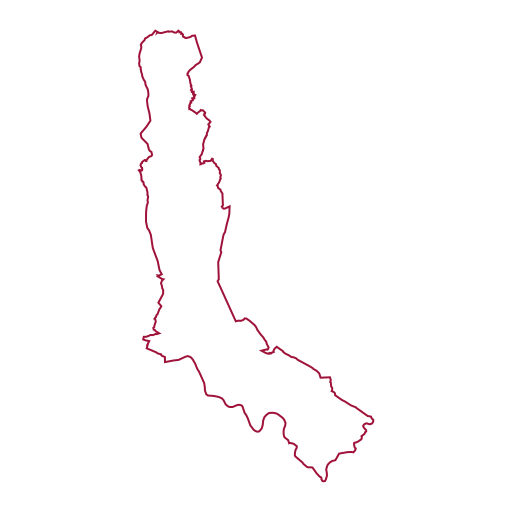 outline of San Lucas, Michoacán, Mexico
{"feature_id": "50627088B69518747505267", "entity_name": "San Lucas", "entity_type": "district", "adm_level": 2, "iso_a3": "MEX", "parent_name": "Mexico", "parent_adm1": "Michoacán", "projection": "mercator", "projection_center": [-100.756, 18.588], "detail": "fine", "context": "isolated", "style": "outline", "palette": "rose", "viewbox_px": 512, "rotation_deg": 0, "n_neighbors": 0, "source": "geoboundaries", "source_scale": "gbopen_adm2", "svg_char_len": 6017}
<svg xmlns="http://www.w3.org/2000/svg" viewBox="0 0 512 512"><path d="M195.0,35.5L192.1,35.8L190.4,37.0L186.0,38.1L185.0,37.8L184.6,37.2L183.2,36.8L182.8,35.9L183.0,34.6L182.4,33.9L181.3,33.9L181.5,33.2L181.1,32.3L179.4,32.3L179.4,31.5L178.4,30.7L176.3,32.6L174.5,32.6L172.0,31.4L168.7,31.7L168.2,31.3L161.2,33.1L158.8,32.8L158.0,32.2L157.2,32.8L157.5,32.0L155.3,30.7L151.9,34.9L149.8,35.3L147.1,37.4L145.1,38.5L144.6,40.0L141.4,43.4L141.3,44.4L140.8,45.0L141.3,46.8L141.2,48.4L139.6,53.4L139.1,56.4L139.6,60.5L139.4,62.4L139.1,62.9L139.4,65.6L139.6,66.3L140.2,66.6L140.8,67.5L140.6,69.0L141.1,70.5L141.0,71.1L142.2,75.0L142.2,76.2L143.8,79.8L145.1,81.7L145.6,85.0L147.9,89.7L148.4,93.8L148.4,95.9L147.0,99.3L147.1,101.3L147.6,105.9L149.5,113.7L150.4,120.7L146.6,126.5L140.6,133.6L141.5,137.8L147.5,143.9L149.0,149.7L149.8,150.9L151.4,151.9L152.1,154.9L151.4,156.1L149.4,156.8L148.6,157.5L146.6,159.9L146.5,161.0L146.0,161.1L145.3,160.1L144.8,160.0L142.2,161.9L142.0,163.0L141.1,163.5L140.5,165.4L141.7,167.8L142.1,167.9L142.3,169.7L141.7,170.6L139.4,169.9L138.8,170.4L140.0,171.7L140.5,172.8L141.4,176.3L141.3,177.8L141.6,178.5L141.4,180.0L142.4,181.3L142.5,182.4L142.8,181.5L143.6,182.5L143.6,184.2L145.1,186.6L146.3,187.5L147.5,192.4L147.4,195.1L147.8,195.4L148.1,197.0L147.5,200.3L147.9,202.3L146.7,206.2L146.1,211.7L146.0,221.6L147.3,227.9L149.1,230.5L150.8,234.7L152.8,248.0L157.7,261.1L159.5,270.0L161.7,274.3L158.9,275.6L157.7,275.4L158.0,275.9L157.6,276.3L162.3,279.1L163.4,279.3L161.9,280.8L161.0,283.2L161.9,285.9L162.2,288.2L163.2,290.1L163.1,293.9L158.4,302.7L161.3,306.2L160.7,307.4L159.4,309.2L157.5,314.2L156.4,315.3L156.0,317.1L155.2,317.7L154.5,318.9L155.2,319.3L155.8,321.6L154.7,324.5L154.2,327.1L153.3,327.9L153.7,329.6L155.0,330.2L155.8,331.3L159.2,333.3L156.8,334.1L155.6,334.0L152.9,335.1L150.4,335.0L149.0,335.8L146.1,336.8L143.8,336.8L143.2,339.4L145.4,340.3L149.2,341.1L147.4,344.7L147.7,344.7L146.7,348.3L156.6,352.5L157.4,353.3L161.2,354.4L161.4,355.3L162.1,355.9L164.9,357.0L165.0,362.1L173.4,360.5L178.6,359.9L185.1,356.9L187.5,356.1L189.7,356.7L191.1,357.6L192.7,359.4L195.1,363.5L197.2,368.7L199.2,372.0L204.2,383.1L204.8,387.3L205.0,390.7L206.3,394.3L207.9,395.5L214.2,396.0L218.8,397.0L221.8,398.3L223.5,400.1L225.7,404.4L227.8,406.2L229.5,407.0L232.6,407.0L236.9,405.2L238.6,404.8L240.6,405.1L241.8,405.6L242.6,406.8L244.6,412.8L246.4,415.4L247.7,418.1L250.3,425.3L253.5,429.6L255.2,430.9L256.8,431.6L258.7,431.6L259.8,430.8L261.7,428.4L262.7,425.1L263.2,420.5L264.0,418.1L264.6,416.9L266.3,415.0L268.5,413.3L269.8,412.9L273.0,412.8L276.2,413.4L278.1,414.4L282.6,417.8L284.2,419.7L285.5,422.9L285.2,425.6L283.9,428.9L283.6,431.0L283.6,433.7L284.1,436.6L285.1,437.8L288.2,440.2L289.1,443.2L289.7,442.9L293.5,443.7L296.8,446.2L296.7,447.8L295.6,449.8L295.0,452.4L294.8,455.0L295.3,456.4L302.5,462.5L303.2,463.7L306.8,466.8L308.0,467.3L312.1,467.4L312.6,467.7L316.5,473.2L319.6,476.6L321.0,477.3L321.5,478.3L321.4,479.1L322.4,481.0L323.7,481.3L325.0,481.0L325.8,479.5L326.9,476.0L326.9,473.6L326.2,469.5L327.0,466.4L327.9,464.5L330.0,462.3L332.4,460.9L335.4,460.2L339.1,453.6L347.7,452.1L351.5,452.0L353.5,452.3L355.1,450.3L355.6,449.3L355.7,448.4L354.9,447.8L354.3,446.1L354.0,443.4L354.3,442.8L356.5,442.3L358.3,441.4L361.3,439.3L361.7,438.3L361.8,436.9L361.5,436.2L364.1,434.2L364.9,433.2L365.2,432.1L366.2,431.5L366.2,430.3L363.9,427.7L363.2,426.3L363.2,425.6L364.5,424.1L366.4,423.3L369.7,424.3L372.1,423.5L373.2,421.6L373.2,419.7L371.7,418.4L371.0,416.6L367.7,416.0L356.3,407.9L356.0,407.4L351.0,405.4L344.6,401.3L342.1,400.1L335.1,395.2L335.1,394.1L334.7,392.9L334.0,392.2L331.7,391.1L332.1,390.4L332.2,388.4L332.1,387.7L331.1,386.3L330.9,382.9L330.2,382.0L330.8,380.2L330.0,377.3L320.6,377.7L319.2,373.3L316.6,370.8L313.3,368.9L312.9,368.3L310.6,366.8L297.7,359.8L295.9,358.2L293.6,357.3L291.4,357.0L288.7,355.2L285.5,353.7L283.1,351.8L283.1,351.3L276.7,346.8L274.5,348.8L273.4,351.1L273.7,352.0L270.7,353.1L270.9,353.5L270.7,353.6L270.3,353.6L269.8,352.9L268.8,353.3L268.9,353.7L268.4,353.8L265.8,353.0L261.5,350.7L266.5,349.4L267.3,349.7L268.1,349.0L268.6,347.5L266.6,343.5L266.3,341.8L264.4,339.4L263.6,337.8L259.8,333.4L259.0,332.0L257.5,330.1L256.1,327.1L254.8,325.3L250.0,321.1L246.5,318.6L244.7,318.4L243.5,319.8L241.0,320.8L238.0,320.7L235.8,321.3L217.6,281.2L218.8,279.3L218.2,262.1L221.3,252.2L220.5,250.3L223.2,236.2L223.8,234.1L225.0,232.2L226.8,224.1L228.7,217.1L229.3,214.0L229.6,206.4L224.6,208.7L223.7,208.7L222.7,208.1L221.8,206.5L222.6,205.9L222.9,205.3L222.4,193.4L220.9,191.3L220.4,189.6L218.2,188.1L217.7,185.9L217.0,185.5L219.1,182.3L219.8,180.8L220.0,179.5L220.8,178.5L220.3,177.1L220.9,175.4L220.7,174.5L219.9,173.4L219.8,170.3L218.9,169.1L218.7,168.0L216.2,165.7L215.9,164.1L214.2,162.9L212.9,161.0L212.6,159.8L212.8,159.0L212.1,158.7L210.6,160.9L207.5,161.2L205.9,160.8L203.9,161.4L204.4,162.9L203.4,163.4L201.8,163.4L201.1,164.2L200.5,164.3L200.7,163.6L199.5,160.1L200.3,159.2L200.2,158.2L199.6,157.2L201.9,153.9L202.5,151.5L203.0,150.8L203.0,149.7L203.5,148.9L203.1,144.5L204.2,140.1L204.6,138.9L205.1,138.5L205.2,137.4L206.1,136.8L206.1,135.9L206.8,135.4L206.9,133.0L207.9,131.0L209.0,127.0L209.7,126.6L208.3,124.4L210.5,121.9L209.2,120.3L206.7,118.5L204.1,115.1L204.5,114.9L204.3,114.0L205.0,113.6L205.2,112.6L202.7,110.2L201.2,110.5L200.7,110.1L200.1,111.0L197.9,112.6L196.8,113.8L195.2,112.4L191.9,110.2L190.5,109.5L190.1,109.0L189.3,109.1L189.1,107.2L189.8,106.2L189.3,105.3L190.0,104.4L190.1,103.2L191.2,102.7L190.7,101.2L192.7,100.4L193.0,100.0L192.8,99.6L192.9,99.3L192.2,98.3L192.5,98.2L193.0,98.6L193.9,98.4L193.6,98.0L194.3,97.8L194.3,97.3L193.9,96.1L194.6,96.1L195.3,95.0L193.1,94.1L193.0,93.4L193.8,92.9L193.7,92.1L193.1,92.6L191.7,91.9L191.7,91.5L192.4,91.2L191.0,89.9L191.4,89.4L191.9,89.5L192.0,89.1L190.8,86.1L191.4,85.7L190.4,83.3L189.9,79.7L188.6,75.8L187.5,75.2L187.5,73.5L187.9,73.3L188.6,71.5L190.6,69.5L194.1,66.8L195.5,65.2L199.8,62.4L202.0,57.6L197.0,42.7L195.0,35.5Z" fill="none" stroke="#9f1239" stroke-width="2"/></svg>